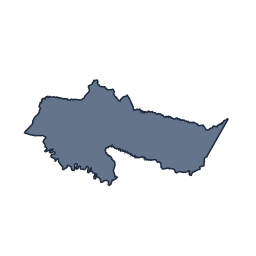 Inírida, Guainía, Colombia (Natural Earth projection), rotated 229°
{"feature_id": "7082276B88046455152973", "entity_name": "Inírida", "entity_type": "district", "adm_level": 2, "iso_a3": "COL", "parent_name": "Colombia", "parent_adm1": "Guainía", "projection": "natural_earth1", "projection_center": [-68.552, 3.202], "detail": "fine", "context": "isolated", "style": "filled", "palette": "slate", "viewbox_px": 256, "rotation_deg": 229, "n_neighbors": 0, "source": "geoboundaries", "source_scale": "gbopen_adm2", "svg_char_len": 5843}
<svg xmlns="http://www.w3.org/2000/svg" viewBox="0 0 256 256"><g transform="rotate(229 128 128)"><path d="M98.1,82.9L97.6,85.8L97.9,87.5L99.7,87.1L100.1,86.2L101.7,87.4L105.3,88.8L108.8,94.2L110.7,95.4L112.0,95.8L113.1,95.4L114.6,95.6L115.1,95.3L116.5,96.2L119.2,95.8L119.8,95.1L120.3,95.5L122.0,94.7L123.2,95.5L123.6,95.1L125.7,95.8L126.0,96.5L126.5,96.5L127.1,98.0L127.5,98.3L126.9,99.3L127.0,99.7L126.2,100.2L126.6,101.2L126.2,101.6L126.3,102.4L125.3,103.1L125.4,104.4L124.8,103.9L124.9,104.6L124.6,104.2L124.3,104.7L123.8,104.5L123.2,104.9L122.9,104.4L121.9,105.0L121.2,104.8L120.4,105.5L119.4,105.7L119.8,105.8L119.7,106.5L119.3,106.4L118.3,107.6L118.3,107.1L117.9,106.9L117.9,107.7L117.4,108.0L117.2,107.6L117.1,108.0L116.6,108.0L116.6,107.6L116.2,107.8L115.5,107.3L115.3,109.0L114.9,108.5L113.8,108.9L113.8,109.5L113.5,109.5L113.2,110.3L112.8,110.0L112.6,110.5L111.9,110.7L111.6,110.3L111.6,110.7L110.6,110.9L110.5,111.5L110.0,111.0L109.2,111.9L108.6,111.6L108.3,112.1L106.9,112.4L106.8,113.0L106.5,112.7L106.0,113.1L105.6,112.8L105.4,113.1L105.2,112.7L105.1,113.0L104.5,112.9L103.4,113.4L102.6,114.7L102.5,114.3L102.2,114.6L101.5,114.1L101.5,114.5L100.4,114.5L100.8,115.2L100.1,115.8L99.6,115.7L99.2,116.5L98.4,116.6L97.3,119.6L96.5,119.5L96.5,120.3L95.3,121.1L94.3,120.0L93.4,120.4L93.5,120.7L93.2,120.5L93.3,120.8L92.9,120.6L92.1,121.0L91.9,121.7L91.5,121.5L90.8,122.6L90.2,122.6L90.2,123.3L89.0,123.7L88.7,124.6L88.2,124.7L88.2,125.4L87.8,125.5L86.7,127.3L85.8,128.1L82.9,127.8L82.6,128.8L81.5,129.1L81.3,129.6L79.3,129.3L76.7,127.2L74.2,127.3L71.4,132.1L70.2,132.3L70.0,132.9L67.7,135.2L66.6,135.6L65.1,135.5L63.7,134.7L62.2,135.3L61.9,137.2L61.3,138.3L58.0,140.7L57.7,141.8L56.9,142.1L56.3,144.0L55.8,144.4L56.1,145.8L55.6,146.2L54.5,146.0L54.4,145.3L52.9,144.0L52.7,144.3L51.8,143.8L51.4,144.1L51.6,144.8L50.9,144.9L52.3,147.8L51.6,148.8L50.7,153.3L49.8,154.9L49.8,155.6L51.2,156.2L51.4,156.9L50.6,158.5L50.7,159.3L49.7,160.2L50.5,161.5L51.5,161.9L51.9,163.0L54.4,165.1L54.9,166.0L55.0,166.8L54.5,168.9L55.0,169.4L69.0,209.2L69.9,208.9L69.6,207.8L70.6,205.2L69.9,203.5L70.4,202.6L69.5,201.6L70.1,201.3L69.9,200.7L70.5,200.5L70.9,198.6L71.0,197.5L70.5,196.1L71.1,196.2L72.0,194.6L73.3,194.1L73.4,193.0L72.8,191.5L73.8,189.9L73.8,187.4L75.3,185.7L79.2,186.5L80.0,186.0L81.0,186.5L83.2,183.0L83.9,182.7L85.2,183.1L85.8,182.5L88.9,181.5L89.7,180.9L89.7,180.3L91.2,179.0L91.8,177.7L93.5,177.7L93.6,177.0L94.8,176.7L96.2,175.4L97.2,175.5L98.1,174.3L98.6,174.3L98.7,173.6L99.5,172.8L100.0,173.1L100.9,172.2L100.9,172.6L101.5,172.5L102.1,171.6L103.2,171.7L103.8,171.1L103.6,170.5L104.2,170.0L104.0,169.2L104.7,168.4L105.5,168.4L105.9,167.8L106.6,167.9L107.2,167.1L108.2,167.4L108.4,166.9L109.3,167.1L109.8,166.5L109.7,165.8L110.1,166.0L110.1,165.6L111.1,165.0L111.2,164.2L111.7,164.4L112.0,162.8L113.6,162.5L114.6,162.8L115.2,162.5L115.4,162.0L116.5,161.6L117.0,161.9L119.0,160.3L119.4,158.6L121.5,158.6L123.5,156.9L124.4,157.1L125.5,155.1L126.6,155.0L127.5,154.2L127.1,152.7L127.6,152.6L128.0,152.0L128.6,152.0L128.7,151.3L129.1,151.2L129.0,150.7L129.5,151.0L129.9,150.6L129.9,149.7L130.2,150.2L131.0,150.2L131.9,149.3L131.9,148.7L132.4,149.5L132.9,149.1L133.8,149.4L133.4,149.0L133.8,148.6L134.6,149.1L134.5,148.2L136.4,147.0L136.6,145.4L138.0,144.7L137.9,144.1L139.7,144.9L140.4,145.7L150.2,148.6L153.4,148.8L153.2,147.5L154.5,145.2L154.6,144.3L154.2,142.5L154.5,141.2L153.5,139.6L154.4,139.0L158.0,139.0L158.7,139.5L159.3,138.9L160.2,138.9L163.0,139.4L164.6,141.6L166.9,142.1L167.4,141.8L168.1,140.1L169.9,137.9L171.4,137.6L171.9,136.9L172.9,137.5L174.4,137.5L177.4,134.3L178.9,134.0L179.4,134.4L179.8,133.9L180.8,133.8L182.0,134.8L182.6,134.7L182.9,135.9L184.4,136.2L186.3,133.3L185.7,133.1L185.4,130.8L184.8,130.0L184.9,127.7L185.4,127.1L185.6,125.8L185.1,125.1L182.0,123.9L181.1,122.6L180.3,116.2L179.4,114.4L179.9,112.7L179.7,111.7L180.7,110.0L184.7,106.6L184.8,105.8L185.6,104.8L186.5,104.7L187.2,103.5L187.0,102.5L187.3,102.0L187.9,101.8L188.2,101.2L189.7,101.3L189.6,100.8L190.1,100.3L190.9,100.4L191.8,99.3L191.8,98.6L192.3,98.1L193.3,98.2L194.2,96.8L195.1,96.7L196.3,95.9L196.4,95.2L196.8,95.3L197.7,94.4L198.2,94.5L198.8,93.1L199.9,92.8L201.7,90.3L203.1,89.7L202.8,88.9L203.5,87.8L203.9,88.3L204.5,88.2L204.5,87.4L205.1,87.0L205.2,86.2L205.0,85.3L204.2,84.8L204.4,84.2L205.2,84.7L206.3,82.5L205.6,81.5L205.8,80.5L205.3,81.1L204.2,80.3L204.7,79.9L204.4,79.3L204.7,78.5L204.0,78.3L204.3,77.9L202.6,75.0L200.3,74.8L199.2,72.5L198.3,71.8L197.4,68.9L197.4,65.7L197.0,63.8L195.9,61.0L194.4,59.5L193.5,57.6L192.8,48.6L192.2,46.8L188.0,49.2L183.4,52.6L178.1,58.9L175.0,59.9L174.5,59.7L174.1,56.4L173.0,54.7L170.6,54.7L169.4,54.2L168.2,53.0L166.6,53.6L165.8,53.4L165.2,52.7L165.4,51.0L164.9,50.0L164.1,50.3L162.5,55.1L161.3,57.4L160.9,56.4L161.8,54.1L161.3,53.0L160.2,53.1L159.6,53.6L159.2,55.8L158.4,56.6L157.6,57.0L156.8,56.3L156.5,55.4L157.6,54.0L157.9,52.8L157.6,51.6L157.0,51.0L156.0,51.1L153.4,52.5L152.3,52.3L150.8,51.4L150.6,52.0L151.2,53.3L151.1,54.8L150.6,55.3L148.1,53.5L144.4,53.1L141.7,53.3L140.1,51.8L139.1,51.8L138.8,52.2L138.9,54.0L138.2,55.5L138.3,56.2L139.3,57.3L139.0,58.4L136.0,59.6L133.9,58.3L132.8,58.2L131.5,59.3L131.5,60.3L132.1,61.2L135.1,63.4L135.3,64.6L135.0,65.5L134.2,65.8L133.5,65.5L131.9,62.5L130.6,62.3L130.3,63.8L131.2,65.2L130.8,66.7L130.1,66.8L129.1,65.6L128.2,65.4L125.1,67.9L125.0,69.4L126.0,71.2L125.4,72.4L124.1,71.9L121.4,68.6L120.4,68.7L120.1,69.3L120.2,70.2L121.9,72.5L122.2,73.2L122.0,73.9L121.4,73.6L120.6,71.8L119.9,71.3L118.9,72.6L117.4,71.9L115.9,72.9L115.0,72.9L113.3,69.9L111.9,69.2L111.2,69.8L111.2,70.7L111.7,71.5L113.2,72.0L114.0,72.8L114.1,73.8L113.6,74.1L112.0,72.7L108.9,73.5L107.4,73.3L105.0,72.0L103.9,73.3L103.8,75.5L103.3,76.7L101.6,77.9L100.2,78.2L98.4,76.0L97.0,76.2L96.8,78.1L98.8,81.8L98.6,82.8L98.1,82.9Z" fill="#64748b" stroke="#1e293b" stroke-width="1.5"/></g></svg>